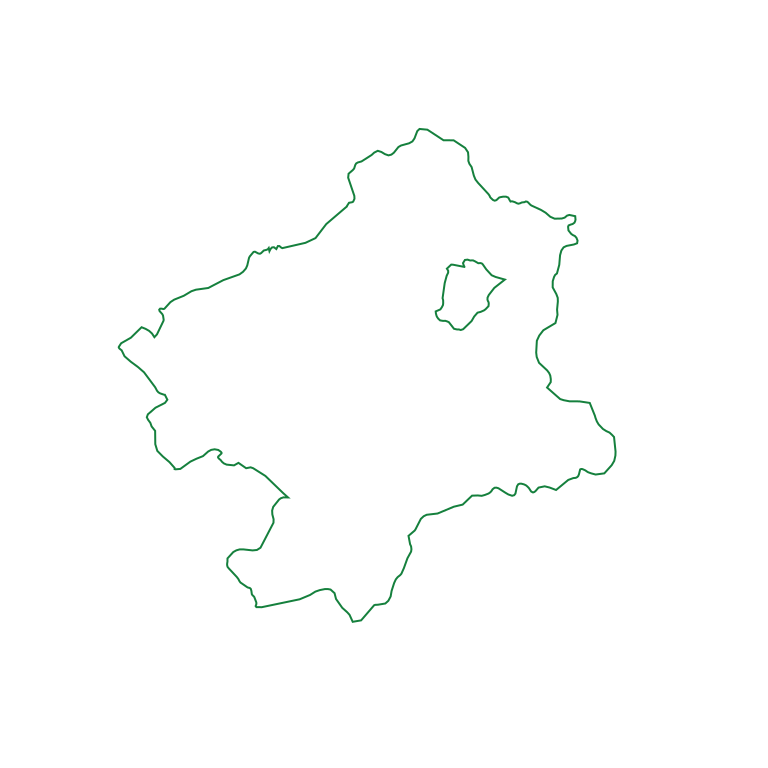 an SVG outline of Niederösterreich, rotated 311°
{"feature_id": "AUT-2330", "entity_name": "Niederösterreich", "entity_type": "State", "adm_level": 1, "iso_a3": "AUT", "parent_name": "Austria", "parent_adm1": "", "projection": "mercator", "projection_center": [15.834, 48.226], "detail": "fine", "context": "isolated", "style": "outline", "palette": "green", "viewbox_px": 768, "rotation_deg": 311, "n_neighbors": 0, "source": "natural_earth", "source_scale": "10m", "svg_char_len": 5591}
<svg xmlns="http://www.w3.org/2000/svg" viewBox="0 0 768 768"><g transform="rotate(311 384 384)"><path d="M242.3,158.9L252.9,162.6L267.8,163.8L269.2,167.9L270.0,171.9L269.9,175.8L268.7,180.0L272.5,180.1L287.1,176.1L288.0,175.5L290.7,172.3L291.3,170.8L291.8,166.8L292.6,165.6L294.0,165.6L295.0,166.8L295.8,168.3L296.7,168.9L305.7,169.1L310.0,170.3L319.2,175.0L327.7,177.8L331.8,180.2L341.2,188.4L345.6,190.1L357.0,194.6L371.9,203.0L376.2,204.0L380.6,204.0L383.8,203.0L390.6,199.4L392.2,199.0L398.1,198.9L399.2,199.8L400.0,203.4L400.9,204.9L402.2,205.4L405.9,205.7L408.0,207.2L409.4,207.9L411.0,207.8L409.1,210.4L411.5,209.8L413.6,209.9L415.0,211.2L415.2,214.2L418.5,213.4L419.5,214.6L419.5,216.7L419.8,218.1L439.0,232.1L449.2,236.6L466.8,235.5L493.6,239.5L493.8,239.3L497.8,238.7L500.3,240.7L501.4,241.1L504.4,240.2L506.5,238.2L516.2,221.6L519.5,219.3L525.0,220.1L527.0,220.1L530.5,218.6L532.2,218.3L534.0,218.9L537.2,221.0L548.7,224.4L552.2,224.8L555.9,226.3L557.4,229.8L558.1,233.9L559.5,237.4L562.0,239.1L565.0,239.7L572.3,239.4L575.2,240.4L582.1,245.0L585.7,246.3L589.3,245.9L596.7,243.2L599.8,243.5L604.4,249.9L607.0,269.0L613.6,276.7L615.4,290.3L614.4,293.9L614.0,295.4L610.8,298.7L607.7,301.3L606.2,304.0L605.2,307.8L600.2,315.1L598.3,318.9L597.5,323.1L595.8,338.4L595.3,340.3L594.8,341.1L594.5,342.4L594.4,345.6L595.0,347.3L596.5,348.2L600.3,348.6L601.4,349.3L603.4,350.9L605.4,353.1L606.2,355.4L605.8,356.7L605.1,358.4L604.7,359.8L605.5,360.4L606.0,361.0L606.7,362.5L607.3,364.1L607.5,365.4L608.2,367.1L609.6,368.1L611.4,368.9L613.5,370.8L614.7,371.2L615.4,372.2L615.6,373.4L615.3,376.7L615.4,378.1L618.4,388.4L619.3,393.6L619.3,399.8L620.7,404.3L625.5,409.6L628.1,411.2L631.2,411.7L633.2,413.0L636.1,418.2L633.7,420.7L632.4,421.4L630.7,421.9L628.5,421.4L626.8,420.3L624.8,419.3L623.4,419.8L620.9,422.5L620.1,426.8L620.3,428.8L620.9,431.0L620.6,433.3L619.2,436.0L616.9,437.4L613.9,435.8L608.0,431.2L605.0,429.9L601.1,430.3L596.7,432.4L588.9,438.1L580.9,442.0L578.6,441.6L576.4,442.1L572.3,443.9L567.6,447.9L564.9,455.1L563.0,458.6L560.3,461.1L553.7,465.8L550.0,469.6L542.5,473.4L529.1,469.0L522.4,469.4L516.9,471.0L507.6,478.2L504.6,481.5L501.7,487.1L501.3,498.2L500.6,501.5L499.4,504.0L497.1,506.7L494.8,508.6L488.3,509.4L488.2,526.8L489.7,530.3L492.6,535.3L499.1,542.9L504.7,551.7L498.4,564.0L497.2,565.8L495.4,569.2L494.3,572.5L493.7,578.7L494.3,582.7L495.3,586.1L495.2,589.5L494.9,592.4L484.9,603.1L481.8,605.6L477.0,608.2L472.1,609.1L461.1,608.9L454.5,603.1L452.5,599.0L451.3,595.9L451.1,594.7L450.9,592.7L450.3,590.6L449.8,589.3L449.1,588.5L448.2,588.1L443.7,590.4L441.8,591.0L440.5,590.9L439.0,590.3L437.2,588.6L432.5,586.0L416.9,583.4L414.5,576.9L412.2,572.4L407.2,568.6L402.6,568.6L401.1,568.3L399.9,567.6L399.4,565.7L399.7,564.5L400.5,561.8L400.7,559.7L400.7,557.8L400.3,556.2L400.0,555.3L398.9,553.1L397.9,551.9L396.4,551.1L394.0,551.5L387.5,555.1L385.5,555.2L383.7,554.0L382.2,550.3L381.6,547.0L380.4,538.8L379.5,536.8L378.2,535.5L375.7,535.0L374.1,535.3L372.2,535.3L370.0,534.8L366.4,532.9L363.7,531.1L361.4,527.9L357.5,523.7L344.6,522.5L337.2,517.2L321.4,509.4L313.3,502.0L310.2,500.7L306.4,500.3L294.7,503.2L293.4,503.3L285.5,502.1L280.2,508.8L279.2,511.0L277.3,513.1L275.3,514.4L267.9,516.0L258.1,519.8L252.2,521.6L250.4,521.6L247.2,521.0L244.3,521.1L240.5,522.2L232.8,525.5L228.0,528.4L223.2,529.5L219.2,529.0L213.4,524.2L211.6,522.3L210.6,521.7L190.6,521.8L184.0,516.4L187.2,509.4L187.6,506.0L187.7,499.3L190.3,488.8L193.7,483.9L193.8,478.5L192.5,476.3L190.4,473.9L186.4,470.8L182.3,468.4L176.3,466.6L166.2,461.6L135.4,438.2L131.9,434.1L132.2,432.8L133.6,432.3L134.5,431.8L135.4,430.9L138.1,425.9L138.3,424.9L138.3,423.5L138.5,422.7L138.7,422.1L140.9,419.6L142.0,417.8L142.0,416.7L141.7,415.9L141.2,415.1L140.9,414.0L140.0,405.9L140.4,404.2L141.3,401.9L141.8,399.4L143.0,387.9L143.3,386.1L143.6,385.5L144.0,385.0L144.5,384.3L145.9,383.2L147.1,382.5L149.7,380.3L158.3,380.5L161.6,381.7L164.5,383.6L167.0,386.5L172.2,394.0L175.4,397.0L179.4,398.2L206.8,391.6L209.5,389.4L212.3,385.3L215.1,382.6L218.6,381.0L228.0,380.6L230.1,381.1L232.5,382.5L235.4,386.0L235.5,379.6L236.8,354.8L234.6,340.5L233.6,338.0L230.0,335.2L229.0,325.9L224.2,324.2L219.9,318.1L219.0,315.2L219.0,312.6L219.4,310.9L219.4,308.3L219.6,307.2L219.9,306.7L220.6,306.5L225.0,306.9L225.6,306.4L225.8,305.2L225.5,302.2L223.6,299.0L220.9,296.8L217.7,295.6L210.8,294.7L204.6,291.5L198.4,288.8L186.3,286.0L182.9,282.7L182.4,281.8L183.3,281.0L184.3,273.4L184.2,264.6L184.8,256.8L188.5,250.9L198.5,242.0L199.5,236.5L201.4,233.1L202.2,229.5L203.3,226.8L206.2,225.7L216.2,227.1L226.1,231.1L230.0,230.8L232.1,225.7L231.7,225.2L230.9,223.3L230.0,221.0L229.7,219.2L230.0,217.1L231.4,213.5L235.4,195.2L235.4,187.2L234.7,178.3L234.7,170.0L237.3,163.9L237.2,162.3L237.2,160.9L237.5,159.9L238.1,159.5L242.3,158.9ZM525.1,367.8L524.6,367.0L519.3,357.8L518.2,356.4L512.3,355.8L511.6,358.1L510.1,359.4L506.8,360.3L500.0,363.6L487.2,371.9L486.1,373.6L483.9,375.6L482.3,376.7L479.9,377.3L477.3,377.6L472.7,375.4L471.3,376.9L470.0,378.8L469.5,379.8L468.9,382.0L468.8,384.6L470.4,387.2L471.9,388.8L472.7,390.7L473.2,392.4L471.6,400.6L473.1,403.4L474.3,404.7L475.1,406.5L477.3,407.8L489.0,408.8L494.1,407.8L499.2,407.8L501.8,409.6L505.2,411.2L507.1,411.6L511.3,411.8L513.3,410.4L514.3,409.3L514.9,407.8L515.5,406.8L517.1,405.5L519.9,404.7L528.9,404.2L542.1,406.7L538.0,398.0L536.7,393.9L537.6,386.0L539.1,380.0L539.2,379.1L539.0,378.4L538.5,377.4L537.0,375.9L536.3,372.2L535.7,370.1L533.7,367.9L532.7,365.5L530.7,363.7L527.1,364.3L525.8,366.4L525.3,367.7L525.1,367.8Z" fill="none" stroke="#15803d" stroke-width="2"/></g></svg>